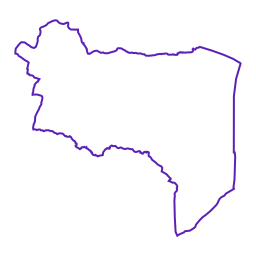 outline of Njombe, Njombe, United Republic of Tanzania
{"feature_id": "72390352B62498272724852", "entity_name": "Njombe", "entity_type": "district", "adm_level": 2, "iso_a3": "TZA", "parent_name": "United Republic of Tanzania", "parent_adm1": "Njombe", "projection": "mercator", "projection_center": [35.063, -9.284], "detail": "fine", "context": "isolated", "style": "outline", "palette": "violet", "viewbox_px": 256, "rotation_deg": 0, "n_neighbors": 0, "source": "geoboundaries", "source_scale": "gbopen_adm2", "svg_char_len": 5590}
<svg xmlns="http://www.w3.org/2000/svg" viewBox="0 0 256 256"><path d="M122.9,49.4L122.2,48.8L120.7,48.3L118.1,48.2L117.3,48.7L116.7,50.1L115.9,50.8L113.9,51.5L111.3,52.2L110.3,52.4L108.7,53.0L107.5,53.2L105.3,53.3L103.8,52.9L103.4,52.5L100.8,52.8L96.9,50.7L95.6,50.8L93.8,51.3L92.8,51.8L90.9,53.1L89.3,53.9L88.4,53.6L88.1,53.7L87.8,53.5L87.0,51.1L86.8,49.6L86.5,49.0L86.7,48.8L85.9,47.5L84.8,45.8L84.2,45.0L83.5,44.3L83.8,44.0L83.6,43.1L82.1,42.6L81.6,41.3L81.4,39.7L81.1,38.2L80.0,35.8L78.1,32.4L78.0,29.5L76.8,29.5L75.9,29.7L73.4,29.5L71.6,29.6L70.3,29.2L69.3,28.4L68.4,27.3L68.1,26.6L68.0,26.0L68.3,24.0L68.2,22.9L67.8,22.6L66.8,22.7L63.8,24.0L61.9,23.8L60.2,23.3L59.3,22.8L58.4,22.2L57.6,21.1L56.9,20.6L56.0,20.3L55.2,20.3L54.2,20.5L51.6,21.4L50.3,22.2L48.5,22.9L47.8,23.4L47.3,24.1L46.9,24.6L46.5,24.9L46.1,25.1L45.7,25.5L43.6,26.5L41.8,27.1L40.9,27.6L40.3,28.2L39.9,28.9L39.9,29.3L40.5,30.9L40.5,32.5L40.1,34.6L39.2,35.9L38.5,36.4L38.0,37.0L37.6,39.2L37.8,40.5L37.3,42.9L36.8,44.1L36.0,46.7L34.0,48.0L31.4,47.2L29.5,45.7L26.8,44.0L24.7,42.4L21.5,42.2L20.1,43.2L18.1,45.6L15.7,48.7L15.4,51.9L15.4,53.6L15.8,53.6L17.4,54.1L17.9,54.6L18.4,55.5L19.3,56.4L20.4,56.8L24.5,59.9L27.9,61.8L28.7,62.6L28.1,64.8L27.9,66.2L27.2,68.5L27.4,68.5L27.9,69.8L27.3,72.7L27.4,73.6L28.6,73.7L29.1,74.4L29.0,74.6L29.8,75.2L31.5,75.3L32.3,75.5L33.3,76.0L34.2,77.4L34.5,77.7L35.5,77.8L39.4,79.1L38.4,80.5L38.0,81.5L37.6,81.5L35.9,83.0L34.5,84.9L34.6,86.1L34.0,87.2L33.4,89.4L33.2,92.1L32.6,93.3L32.6,94.8L34.5,94.5L37.1,94.5L41.1,95.7L41.7,96.0L42.2,96.6L42.3,97.1L42.4,98.8L41.3,102.7L41.4,103.9L41.1,104.7L39.5,107.3L39.3,108.4L38.2,110.4L35.8,115.2L35.4,116.4L35.0,117.3L35.2,118.2L34.9,120.8L35.0,121.4L34.5,122.4L34.1,123.7L33.6,124.4L33.6,125.0L33.1,127.6L33.2,129.0L33.4,129.5L33.7,129.5L34.1,129.3L34.9,129.3L36.2,129.7L36.9,130.1L37.7,129.7L39.0,129.5L40.2,129.6L40.7,130.2L41.3,130.4L42.0,130.4L42.7,130.3L43.5,131.1L44.1,131.1L44.8,130.8L45.4,130.4L48.1,130.2L49.4,130.5L50.2,131.0L50.7,131.1L51.9,131.0L52.4,131.1L53.4,131.8L53.9,132.5L54.9,132.8L56.6,133.5L57.3,134.2L58.1,133.9L59.2,133.3L61.0,133.4L61.9,133.6L62.5,133.6L62.9,133.8L63.6,134.3L63.8,134.8L64.9,135.9L65.3,136.1L65.8,136.0L66.2,136.1L66.4,136.5L67.8,136.8L68.7,136.8L69.6,136.2L69.9,136.3L70.3,136.8L70.7,136.8L71.5,138.0L71.6,138.4L73.4,140.5L74.5,141.0L75.1,141.5L75.5,142.7L75.6,143.3L76.3,143.4L76.6,143.6L76.7,144.0L76.5,145.2L75.6,145.7L75.8,146.5L76.1,146.8L77.2,147.5L78.4,148.1L79.8,149.1L80.0,148.8L81.0,148.5L81.1,148.1L81.7,147.4L82.2,147.5L82.9,147.1L83.6,147.2L83.8,147.0L84.4,146.9L85.3,147.5L85.7,147.7L86.4,147.2L86.7,148.4L88.0,148.8L88.2,149.2L89.3,150.2L89.6,150.3L90.1,150.4L90.5,150.8L90.3,151.0L90.7,151.6L91.1,151.8L91.3,152.4L92.0,152.4L92.3,153.1L92.2,153.8L92.9,154.6L93.4,155.0L94.0,155.2L94.8,155.2L95.3,154.8L95.6,154.9L96.2,155.7L96.9,155.7L97.5,155.9L97.8,156.3L99.7,155.6L100.9,155.4L102.0,155.3L102.8,155.0L102.9,153.9L103.2,152.3L104.8,150.1L105.4,149.3L106.3,148.9L106.9,148.5L107.4,148.5L107.4,148.2L109.2,148.7L109.7,148.6L109.7,148.4L109.4,147.9L109.5,147.3L110.1,147.1L110.2,146.6L110.6,146.1L111.8,145.5L113.2,146.2L115.1,145.9L115.9,146.3L116.6,147.3L117.7,147.9L118.4,148.2L119.1,148.1L120.3,147.5L121.1,147.5L122.7,148.4L123.7,148.8L125.2,149.0L127.8,148.4L130.3,149.1L132.2,149.1L132.5,149.2L133.9,151.1L134.9,151.9L136.4,151.9L137.3,151.7L138.2,151.3L139.1,151.1L139.7,151.2L140.1,151.5L140.4,152.8L141.4,152.7L142.0,153.6L142.4,153.7L142.8,153.7L143.6,152.8L143.9,152.2L144.6,151.9L145.1,151.8L146.0,152.5L146.4,152.5L146.6,152.3L146.7,151.8L147.6,151.9L148.5,152.1L148.9,152.9L148.6,153.7L148.6,154.9L148.8,156.2L149.3,156.3L150.6,157.3L151.5,158.7L151.9,159.6L155.7,162.5L156.5,163.4L157.4,164.2L159.3,165.5L160.3,166.0L161.0,166.2L161.5,166.6L162.3,168.0L161.7,171.5L164.5,173.0L167.0,174.6L167.5,175.4L168.6,176.5L169.3,177.4L170.6,178.4L170.6,179.2L169.4,180.1L168.8,181.1L170.5,181.5L172.5,182.7L173.0,182.7L173.7,182.6L174.9,183.0L175.8,184.0L176.5,184.9L176.8,185.1L177.2,185.9L177.2,187.3L176.7,188.1L177.1,189.1L176.8,190.2L176.8,190.8L176.6,191.1L175.8,191.7L174.6,193.5L174.8,196.0L174.4,200.4L174.8,217.8L175.5,230.0L175.6,231.9L177.3,235.7L179.7,234.2L183.9,232.4L184.9,231.3L186.0,231.1L189.7,230.7L193.5,228.4L195.2,227.0L196.1,224.5L199.9,219.9L202.6,217.2L205.8,214.9L209.7,211.6L212.0,209.4L216.5,204.8L217.9,202.5L218.7,200.5L219.6,198.9L221.5,197.1L224.3,195.7L225.9,193.6L232.7,189.6L234.0,188.8L233.4,187.6L233.7,186.9L233.6,186.1L233.8,184.8L234.5,179.5L235.2,156.8L234.7,152.4L233.8,152.4L233.9,96.1L236.1,78.8L240.6,63.5L240.0,62.8L238.2,61.9L233.2,58.9L223.4,54.7L211.9,50.6L199.9,46.9L199.3,47.1L198.8,47.6L196.7,47.9L196.0,48.5L195.4,49.5L194.2,49.4L193.2,48.6L192.7,49.2L193.3,49.8L193.0,50.9L192.4,51.8L191.5,52.2L189.9,52.4L187.4,52.4L186.3,52.5L185.6,52.7L185.0,52.7L184.2,52.5L183.6,52.5L183.0,52.4L182.4,52.8L181.0,52.2L180.4,52.1L180.2,52.5L179.6,52.6L179.3,52.8L178.7,52.8L178.4,53.0L178.2,53.4L177.5,53.5L177.6,54.3L177.2,54.8L175.5,54.9L174.3,54.7L173.9,54.5L173.6,54.7L173.2,54.5L172.6,54.3L172.3,54.5L171.5,54.7L168.9,54.7L168.1,54.6L167.2,53.7L166.5,53.5L166.0,53.5L165.2,53.5L163.4,53.9L162.0,53.8L161.5,54.1L160.9,54.1L160.5,53.9L159.7,54.0L159.3,53.9L158.7,54.0L157.9,54.4L156.8,54.3L155.2,55.1L153.6,55.3L152.3,55.3L151.6,55.6L149.8,55.6L148.9,55.8L145.7,55.6L144.4,54.3L143.9,54.4L142.8,54.2L142.0,54.0L140.9,53.5L139.8,53.4L137.8,53.6L136.9,53.2L135.9,52.9L134.9,53.0L133.1,53.0L132.2,52.6L131.7,52.5L130.8,52.9L129.0,52.7L128.3,52.6L127.8,52.0L126.0,51.3L125.4,50.6L122.9,49.4Z" fill="none" stroke="#5b21b6" stroke-width="2"/></svg>